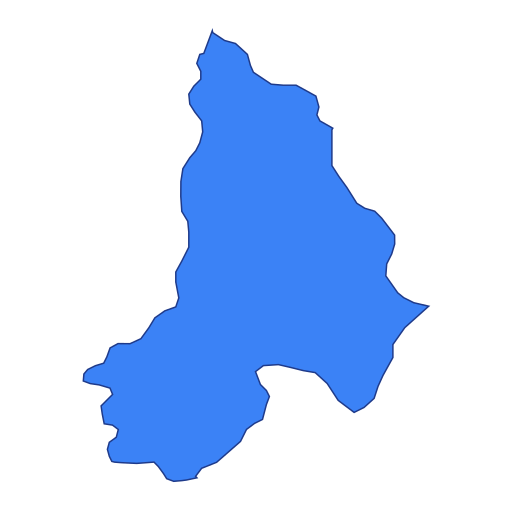 Cheongsong-gun, North Gyeongsang, South Korea (orthographic projection)
{"feature_id": "91817680B32757414449699", "entity_name": "Cheongsong-gun", "entity_type": "district", "adm_level": 2, "iso_a3": "KOR", "parent_name": "South Korea", "parent_adm1": "North Gyeongsang", "projection": "orthographic", "projection_center": [129.024, 36.373], "detail": "fine", "context": "isolated", "style": "filled", "palette": "blue", "viewbox_px": 512, "rotation_deg": 0, "n_neighbors": 0, "source": "geoboundaries", "source_scale": "gbopen_adm2", "svg_char_len": 1632}
<svg xmlns="http://www.w3.org/2000/svg" viewBox="0 0 512 512"><path d="M332.8,128.2L319.9,120.9L316.9,114.9L318.9,107.0L315.9,96.1L296.1,85.2L283.2,85.2L271.2,84.2L253.4,72.3L250.4,65.4L247.4,54.4L235.5,43.5L224.6,40.5L212.7,32.6L212.3,30.7L203.8,53.4L199.8,54.4L196.8,63.4L200.8,71.3L200.8,79.2L193.8,86.2L188.8,94.1L189.8,104.1L194.8,112.0L201.7,120.9L202.7,131.9L199.8,142.8L195.8,150.7L189.8,157.7L182.9,168.6L180.9,181.5L180.8,196.4L181.8,211.4L187.8,221.3L188.8,232.2L188.8,247.2L181.8,261.1L175.8,272.0L175.8,282.0L178.8,297.9L175.8,306.9L164.9,310.8L154.9,317.8L148.9,327.7L140.9,338.7L130.0,343.7L118.0,343.6L110.1,347.9L106.9,356.8L103.7,363.2L95.4,365.7L87.7,369.5L83.9,374.0L83.3,381.0L90.3,383.6L99.2,384.9L110.0,388.1L112.6,394.4L106.8,400.2L101.1,405.9L102.3,414.2L104.2,423.8L112.5,425.1L118.3,429.5L116.3,437.2L109.3,442.3L107.6,448.6L107.4,449.3L109.3,456.3L111.8,461.4L114.4,462.1L119.2,462.5L122.1,462.7L136.7,463.4L154.0,462.1L158.4,466.6L163.5,473.6L166.7,478.7L173.7,481.3L182.0,480.6L186.5,480.0L196.9,477.8L195.6,476.3L201.6,468.3L216.6,462.3L240.5,441.4L246.5,429.4L254.5,423.4L262.5,419.4L266.4,404.5L269.4,396.5L266.4,390.5L260.4,384.5L255.5,371.6L263.4,365.6L278.4,364.6L291.3,367.6L303.3,370.6L315.2,372.6L327.2,383.5L338.2,400.4L354.1,412.4L364.1,407.4L374.1,398.4L378.0,386.4L383.0,375.4L392.9,357.5L392.9,344.5L404.8,327.6L428.7,306.2L413.7,302.7L403.7,297.7L397.7,292.8L385.8,275.9L386.7,263.9L391.7,254.0L394.7,244.0L394.6,235.1L381.7,218.2L374.7,211.2L364.8,208.3L356.8,203.3L346.8,187.4L338.9,176.5L331.9,165.6L331.9,129.8L332.8,128.2Z" fill="#3b82f6" stroke="#1e3a8a" stroke-width="1.5"/></svg>